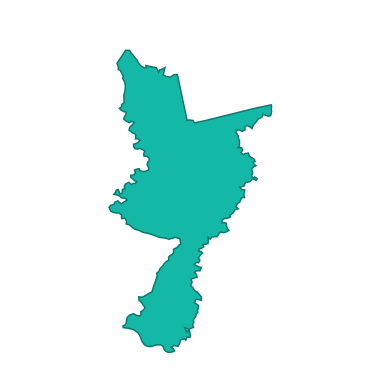 Corbélia, Paraná, Brazil (Mercator projection), rotated 168°
{"feature_id": "56859067B16321147741741", "entity_name": "Corbélia", "entity_type": "district", "adm_level": 2, "iso_a3": "BRA", "parent_name": "Brazil", "parent_adm1": "Paraná", "projection": "mercator", "projection_center": [-53.229, -24.737], "detail": "fine", "context": "isolated", "style": "filled", "palette": "teal", "viewbox_px": 384, "rotation_deg": 168, "n_neighbors": 0, "source": "geoboundaries", "source_scale": "gbopen_adm2", "svg_char_len": 4555}
<svg xmlns="http://www.w3.org/2000/svg" viewBox="0 0 384 384"><g transform="rotate(168 192 192)"><path d="M287.6,73.7L282.6,71.9L278.0,69.7L274.4,66.0L273.0,63.0L272.4,59.4L271.9,56.1L270.5,52.9L269.1,51.3L267.1,50.1L264.5,49.4L258.0,49.8L254.3,49.0L252.3,46.7L252.0,44.0L250.8,41.6L248.7,40.2L244.8,39.6L242.1,40.1L242.9,42.6L244.5,44.4L241.5,45.6L237.9,43.9L235.4,46.6L234.3,49.4L231.9,50.0L229.9,50.1L228.9,48.3L227.0,51.1L224.3,50.1L223.4,52.5L223.3,54.7L223.6,58.3L221.5,58.8L218.6,59.3L219.0,62.2L217.4,63.8L217.1,66.9L214.4,69.2L213.5,71.5L211.4,72.9L211.2,75.0L210.0,77.0L209.2,79.7L210.5,81.1L212.4,82.8L210.9,86.1L208.9,85.7L205.4,84.2L204.6,87.5L207.8,93.2L210.0,95.1L211.1,98.2L212.7,100.8L210.7,103.8L211.1,107.0L204.7,107.7L204.8,110.6L206.3,113.0L204.3,114.0L200.5,113.3L198.5,116.3L201.0,117.2L202.9,119.1L205.2,120.6L202.2,122.2L200.3,121.4L198.4,123.6L199.4,126.2L196.9,128.6L194.3,130.0L195.4,131.9L197.6,132.6L196.8,134.9L194.5,135.0L191.9,135.9L192.4,138.5L190.1,138.1L187.1,138.2L186.4,140.4L185.7,144.0L184.2,142.1L181.8,143.7L178.9,143.6L176.8,143.1L174.6,145.2L172.9,147.0L169.3,145.6L166.3,145.9L163.9,146.8L165.1,149.3L165.2,151.9L165.0,154.5L167.2,155.4L169.1,155.6L168.4,158.1L165.8,159.3L162.1,159.1L159.6,159.5L159.5,161.8L157.6,162.2L155.5,163.6L154.1,165.5L152.1,165.8L150.2,166.0L152.2,168.6L150.0,171.3L147.3,172.2L145.8,174.3L144.9,176.2L141.8,175.6L141.9,178.3L140.0,183.1L142.9,183.9L144.2,187.1L142.3,186.9L139.8,187.1L138.5,189.1L137.0,190.3L134.7,190.0L132.8,190.4L129.7,192.4L130.2,195.5L128.5,198.6L129.0,202.1L126.2,203.8L123.9,204.4L125.5,206.2L125.9,208.4L124.0,208.7L124.3,211.0L126.4,213.3L128.4,214.8L128.7,218.3L131.9,218.5L134.0,217.9L136.0,220.3L133.7,222.4L134.3,224.9L137.7,225.8L136.1,227.2L135.4,229.8L134.9,232.1L135.4,234.8L135.1,237.6L136.5,240.2L135.8,243.2L132.6,242.8L130.5,240.9L127.1,241.8L127.1,244.3L124.9,245.8L122.3,244.2L120.1,241.6L118.2,244.6L114.8,247.1L112.2,249.6L109.7,250.1L107.6,251.1L106.3,253.2L104.2,251.8L101.6,250.3L99.1,250.4L98.3,252.3L97.4,254.1L97.3,256.8L96.4,258.7L96.4,260.8L113.8,260.8L163.8,259.1L175.2,259.1L176.2,261.8L180.0,263.1L181.9,263.1L181.9,267.3L181.9,269.4L181.9,290.3L181.9,310.0L185.3,310.5L187.9,309.4L189.8,308.9L193.5,310.5L195.7,312.6L192.6,319.3L195.4,318.4L198.3,318.1L199.8,316.2L201.1,321.0L210.8,325.3L210.8,323.2L212.7,323.2L215.3,325.4L216.6,327.5L217.7,329.6L218.2,332.4L219.6,334.7L221.4,338.6L222.5,340.2L223.6,343.5L227.4,344.4L238.6,333.5L238.0,329.3L238.7,327.2L236.8,325.7L235.8,321.7L234.9,319.8L236.3,317.9L235.6,315.7L235.1,313.5L235.0,310.8L235.4,308.6L236.2,305.8L237.2,303.6L238.5,301.0L239.2,297.0L239.8,293.5L242.7,292.2L243.2,290.0L245.7,288.9L244.3,286.8L242.1,284.8L239.8,283.9L240.5,281.5L242.5,279.7L243.7,277.6L241.6,274.8L238.8,272.8L236.1,273.6L234.1,272.3L236.4,270.0L238.9,268.8L240.8,265.6L237.9,262.2L235.7,260.9L235.2,258.5L236.2,255.7L233.8,255.2L232.2,253.6L234.5,251.6L236.5,251.1L239.2,250.9L239.7,248.3L238.4,246.0L236.2,245.3L234.3,245.6L231.5,243.8L229.6,241.7L231.3,239.7L231.5,237.1L228.8,236.2L226.8,233.9L227.5,231.7L229.1,230.5L230.3,228.1L229.1,224.3L230.3,222.4L233.1,221.9L235.6,222.2L238.4,223.6L238.9,225.8L241.4,225.8L243.7,225.4L243.4,222.1L246.1,220.7L248.4,221.2L248.9,219.0L247.4,217.5L245.8,214.9L243.9,213.5L245.7,212.1L247.8,212.6L249.7,212.0L251.8,214.5L253.7,214.1L255.4,213.5L257.0,211.9L257.1,209.1L259.5,209.0L260.5,205.4L262.9,205.1L263.6,209.8L265.8,209.5L267.0,207.4L268.9,206.0L265.1,204.3L263.6,202.9L261.8,200.7L258.6,199.9L257.2,197.6L261.1,196.2L263.6,195.1L265.0,196.7L266.4,198.8L269.7,198.0L271.0,196.0L274.2,195.9L276.4,194.2L275.4,190.0L272.5,188.0L270.2,187.2L267.8,186.6L265.7,184.2L266.4,180.6L262.9,180.2L262.1,177.3L263.0,174.3L259.9,172.9L257.9,170.0L255.8,167.6L251.7,165.4L248.3,162.7L244.8,161.2L241.5,159.5L239.8,158.5L233.1,154.3L227.5,152.4L224.3,150.6L222.0,150.8L220.0,150.7L218.3,151.3L213.6,148.9L213.8,143.3L215.7,142.9L218.0,140.9L222.0,139.8L222.6,136.6L224.4,134.9L226.3,134.5L228.3,133.3L229.2,130.0L231.5,129.4L234.1,127.8L235.7,126.0L237.3,125.0L239.3,123.6L240.9,121.2L243.4,120.0L243.3,117.8L245.8,113.0L248.1,109.4L252.1,102.5L255.2,101.8L258.8,100.5L262.5,99.4L265.9,100.6L266.3,96.7L264.5,95.1L263.3,91.7L262.0,88.7L263.4,87.3L265.0,86.3L267.0,85.4L267.5,82.2L269.8,81.8L272.1,83.0L274.4,85.1L278.3,84.7L281.4,82.9L282.8,79.9L283.6,77.4L285.3,75.7L287.2,75.6L287.6,73.7ZM223.6,58.3L226.1,55.9L227.2,60.8L223.6,58.3ZM129.7,192.4L127.0,190.0L125.5,191.6L127.7,193.7L129.7,192.4Z" fill="#14b8a6" stroke="#0f766e" stroke-width="1.5"/></g></svg>